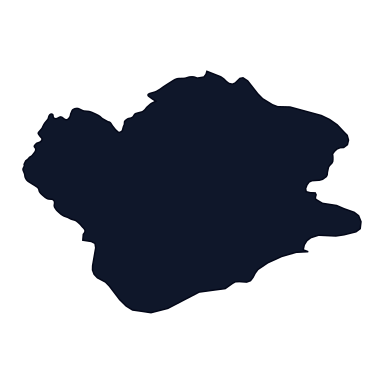 Južno-Banatski, Robinson projection
{"feature_id": "SRB-1060", "entity_name": "Južno-Banatski", "entity_type": "District", "adm_level": 1, "iso_a3": "SRB", "parent_name": "Republic of Serbia", "parent_adm1": "", "projection": "robinson", "projection_center": [20.779, 44.991], "detail": "fine", "context": "isolated", "style": "filled", "palette": "ink", "viewbox_px": 384, "rotation_deg": 0, "n_neighbors": 0, "source": "natural_earth", "source_scale": "10m", "svg_char_len": 3930}
<svg xmlns="http://www.w3.org/2000/svg" viewBox="0 0 384 384"><path d="M206.9,71.3L220.8,76.8L223.8,78.9L226.3,81.4L228.9,83.4L232.4,84.2L235.2,83.0L239.9,78.4L243.0,77.8L247.7,80.9L257.8,93.8L262.6,98.7L272.4,104.7L277.6,106.7L290.0,107.0L321.3,115.5L329.6,119.5L337.2,124.8L344.5,132.6L347.2,135.3L348.5,140.1L347.4,144.7L343.7,147.5L340.1,147.7L337.0,149.0L334.5,151.3L332.3,154.3L332.7,154.8L332.9,157.0L332.9,159.7L332.7,161.5L331.9,163.1L329.4,165.7L328.5,167.2L327.4,172.3L327.2,174.8L326.3,176.6L322.6,179.3L319.5,180.2L312.0,180.7L309.1,182.0L307.0,184.9L305.6,188.6L306.2,191.7L310.2,192.7L315.2,192.9L316.1,194.8L315.4,197.2L315.6,199.2L322.4,203.3L336.6,205.5L344.0,208.7L354.2,212.3L358.6,215.7L361.0,221.7L360.2,228.7L356.0,231.8L344.0,234.8L335.8,236.0L318.6,235.2L310.8,237.7L306.9,240.7L304.3,244.8L303.2,249.8L308.2,251.7L296.2,252.3L281.6,256.5L267.8,262.8L257.9,269.5L255.1,273.3L253.0,277.4L250.5,280.7L246.7,282.1L239.3,281.6L235.3,281.8L232.5,283.4L225.2,288.6L213.1,290.2L199.1,292.1L167.8,308.4L151.0,312.7L141.7,311.3L132.5,310.0L126.1,306.0L119.7,299.7L109.3,286.0L105.5,282.1L97.4,277.8L94.1,274.3L92.5,270.0L92.6,265.7L95.7,247.8L95.0,243.4L91.3,241.5L82.8,240.2L83.3,234.3L84.4,232.9L84.8,232.1L85.0,231.3L85.0,230.5L84.8,229.8L84.3,229.0L83.7,228.2L82.2,226.7L80.3,224.4L78.0,222.3L76.4,221.0L75.5,220.5L74.8,220.2L72.3,219.5L70.8,219.0L67.8,217.4L64.1,216.1L62.8,215.4L61.1,214.3L58.6,212.1L57.0,210.6L56.3,209.8L54.9,207.7L54.5,207.0L54.3,206.2L54.2,205.4L54.5,203.3L54.5,202.5L54.4,201.6L54.1,200.9L53.7,200.3L53.1,199.8L52.4,199.4L52.1,199.3L49.4,199.1L48.4,199.0L47.7,198.8L46.8,198.4L45.2,197.4L42.5,195.1L40.8,193.5L40.1,192.6L39.5,191.7L39.2,191.0L38.8,189.3L38.5,188.6L38.0,187.9L37.3,187.2L34.6,185.4L32.6,184.2L28.5,181.6L27.7,181.0L26.6,179.9L25.8,178.6L25.3,177.6L25.0,176.6L24.7,174.5L24.4,173.4L23.2,170.5L23.0,169.8L23.0,168.9L23.3,168.1L24.1,166.5L24.3,165.8L24.3,165.1L24.1,164.3L25.7,160.9L28.1,159.0L29.5,157.3L31.5,156.1L32.2,155.5L34.9,152.0L35.3,151.2L35.6,150.5L35.7,149.7L35.7,149.0L35.5,148.3L34.7,147.2L34.3,146.7L34.3,146.0L34.9,145.1L36.2,143.7L36.8,143.2L37.4,143.0L39.4,142.3L40.0,142.0L40.7,141.5L41.5,140.7L41.8,140.1L42.0,139.3L42.0,138.5L41.5,137.9L40.1,136.3L38.6,134.2L38.3,133.6L38.2,133.2L38.5,132.4L39.2,131.6L41.7,128.7L42.3,127.8L42.9,126.4L44.0,124.3L44.9,122.9L47.7,119.5L48.2,118.7L48.9,116.2L49.3,115.5L49.7,114.9L50.3,114.4L50.9,114.1L51.4,114.0L51.9,114.1L52.6,114.5L52.9,114.9L53.0,115.4L53.2,117.0L53.5,117.6L53.8,118.0L54.3,118.3L54.9,118.6L55.7,118.7L56.6,118.6L57.2,118.4L57.8,118.1L58.9,117.5L60.0,117.0L60.5,116.9L61.1,117.0L62.0,117.3L64.5,119.2L65.7,119.7L66.7,119.8L67.5,119.5L68.2,119.0L68.9,118.3L69.8,117.0L70.2,116.4L70.7,113.9L71.9,111.1L72.2,110.4L72.7,109.8L73.7,109.2L74.8,108.7L76.6,108.4L77.2,108.4L78.0,108.5L78.9,108.8L82.9,110.7L84.0,111.0L85.1,111.1L88.5,111.4L89.6,111.6L91.7,112.3L95.7,114.1L98.3,115.4L100.0,116.5L101.8,118.2L102.7,118.8L108.2,121.9L108.9,121.9L109.8,122.3L110.5,122.9L111.0,123.6L112.4,125.8L115.4,129.6L117.6,131.6L118.0,132.0L118.7,132.4L119.3,132.4L119.9,132.3L120.4,132.1L121.4,131.5L121.9,131.1L122.3,130.6L122.5,130.0L123.4,126.7L124.3,124.6L124.4,123.9L124.5,122.1L124.6,121.5L124.9,121.1L125.3,120.6L126.7,119.5L127.5,119.0L128.0,118.7L128.6,118.5L130.7,118.1L131.2,117.9L132.4,117.3L132.9,116.9L133.3,116.4L134.5,114.5L135.1,113.9L135.6,113.6L138.0,112.9L142.2,111.8L143.2,111.2L144.6,110.0L145.1,109.5L146.0,108.3L146.8,107.3L150.3,104.2L151.4,103.4L155.8,101.2L152.0,98.7L148.5,96.1L148.2,95.7L148.0,95.3L148.0,94.8L148.2,94.4L148.9,93.9L149.7,93.5L154.6,92.1L156.6,91.3L157.4,90.8L160.1,89.2L163.4,86.8L167.4,84.2L173.6,80.3L175.0,79.5L176.9,78.8L177.9,78.6L179.0,78.5L183.4,78.4L184.5,78.3L185.6,78.1L188.9,77.1L190.0,76.9L192.3,76.8L193.5,76.9L194.6,77.1L197.0,78.0L197.9,78.0L204.0,77.0L204.3,76.5L206.0,74.3L206.8,71.6L206.9,71.3Z" fill="#0f172a" stroke="#020617" stroke-width="1.5"/></svg>